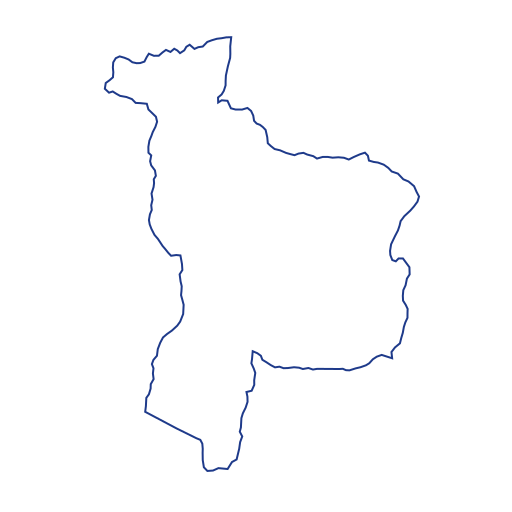 outline of General Salgado, São Paulo, Brazil, rotated 3°
{"feature_id": "56859067B40214897962213", "entity_name": "General Salgado", "entity_type": "district", "adm_level": 2, "iso_a3": "BRA", "parent_name": "Brazil", "parent_adm1": "São Paulo", "projection": "natural_earth1", "projection_center": [-50.427, -20.643], "detail": "fine", "context": "isolated", "style": "outline", "palette": "blue", "viewbox_px": 512, "rotation_deg": 3, "n_neighbors": 0, "source": "geoboundaries", "source_scale": "gbopen_adm2", "svg_char_len": 3258}
<svg xmlns="http://www.w3.org/2000/svg" viewBox="0 0 512 512"><g transform="rotate(3 256 256)"><path d="M153.5,417.4L185.8,432.4L206.0,441.1L210.0,442.5L212.2,446.2L212.9,451.3L213.0,455.3L213.5,462.6L215.0,469.7L218.7,473.2L224.3,472.5L229.6,469.8L238.8,470.2L242.8,463.0L247.3,460.2L249.3,449.4L249.9,442.7L251.7,436.9L249.0,432.3L249.9,428.0L249.9,422.9L249.9,418.7L251.1,413.8L253.6,408.0L255.2,402.1L254.8,396.9L253.6,392.3L258.7,390.8L261.0,384.8L260.7,380.1L261.4,372.8L259.7,368.6L257.0,363.4L257.4,359.4L257.7,351.3L262.4,353.0L266.1,355.4L267.8,359.3L271.9,361.5L276.5,364.2L280.8,366.2L285.2,365.3L289.4,366.6L293.8,366.2L299.8,365.1L304.9,365.3L308.7,366.4L314.2,365.1L318.8,366.4L322.9,365.5L345.0,364.5L348.6,364.1L351.8,365.3L355.3,365.3L361.4,363.0L366.2,361.6L371.5,359.4L374.7,357.2L378.1,353.0L381.9,350.2L386.7,348.2L397.3,351.0L396.3,344.8L399.6,340.0L404.3,335.7L405.4,330.1L406.6,325.1L407.4,319.0L408.6,314.5L410.5,309.8L410.3,305.5L410.2,300.9L408.1,297.0L405.2,292.9L404.7,288.1L404.9,282.4L406.9,277.4L407.9,270.7L410.4,266.3L409.8,259.2L402.9,250.8L398.5,251.0L395.9,254.0L392.3,252.9L390.1,248.0L389.6,243.9L390.3,237.2L393.8,228.8L396.4,223.1L397.8,218.1L398.6,213.6L402.0,208.5L407.7,202.6L411.1,198.3L414.4,193.3L415.7,188.1L412.9,183.4L410.2,178.0L404.4,173.6L399.1,171.7L393.4,166.3L387.1,164.5L383.5,161.1L378.8,158.1L372.9,156.3L368.6,155.9L363.8,154.8L362.5,150.0L359.4,147.1L354.5,149.0L348.5,152.0L343.6,154.8L338.7,153.3L333.1,153.1L327.3,153.8L322.4,153.3L317.4,153.6L311.8,155.5L308.0,153.3L301.8,152.0L298.0,150.5L293.1,151.5L289.2,153.3L285.2,152.5L280.7,151.5L274.5,149.2L269.0,148.2L265.3,145.6L261.9,142.8L261.0,136.7L259.0,129.6L256.0,126.8L253.1,124.8L249.7,123.7L247.0,121.1L245.9,115.9L243.5,111.4L239.7,108.6L234.4,110.5L227.9,110.8L223.2,109.8L219.4,102.5L213.6,102.3L210.2,104.7L209.8,99.7L213.2,96.5L215.2,92.8L216.7,87.2L216.5,82.8L216.5,77.3L218.0,68.0L219.8,59.6L219.8,55.6L219.3,47.9L219.8,38.8L214.9,39.2L210.3,40.3L205.6,41.1L200.5,42.9L196.1,44.8L191.9,49.6L187.4,50.5L183.7,52.4L178.7,48.5L175.5,50.7L173.6,54.4L169.5,57.4L166.7,54.9L163.5,53.3L159.9,56.7L155.3,54.9L152.0,57.6L148.4,61.1L143.5,61.4L138.4,59.6L136.4,63.2L134.4,67.7L130.2,69.4L126.7,69.7L122.4,69.0L118.5,66.4L114.2,64.9L109.4,63.8L105.6,65.8L103.3,70.1L103.2,75.2L103.9,80.0L103.8,85.0L100.5,88.2L96.9,91.1L96.3,96.9L100.7,100.6L104.3,99.2L108.2,101.4L111.9,103.2L118.3,104.0L123.9,105.8L127.8,109.4L132.5,109.4L139.0,109.7L140.9,115.3L148.8,122.2L150.2,127.1L148.8,132.3L146.4,137.7L145.2,141.7L143.5,146.4L142.8,152.6L143.2,158.5L146.1,161.0L145.3,166.9L146.6,171.0L150.6,175.8L151.8,181.2L149.9,184.7L150.4,188.6L150.1,192.6L148.4,199.1L149.7,205.2L148.7,210.8L149.5,215.5L147.9,219.9L147.2,225.7L148.2,230.0L150.1,234.3L153.5,240.2L157.2,244.1L162.3,251.0L164.8,253.6L168.3,257.5L171.2,260.2L176.3,259.2L180.5,259.4L182.5,267.9L183.2,273.9L180.7,278.3L182.0,285.3L183.4,290.1L183.4,294.9L183.2,299.0L184.9,304.1L186.3,308.5L186.3,317.8L183.7,325.5L181.0,329.7L175.9,334.9L171.2,338.6L167.4,342.2L164.9,347.6L162.8,354.1L162.3,360.8L159.0,365.1L157.7,369.4L159.5,373.5L159.2,378.7L160.2,384.3L157.6,389.5L157.7,393.9L156.3,399.7L153.9,403.4L153.9,411.8L153.5,417.4Z" fill="none" stroke="#1e3a8a" stroke-width="2"/></g></svg>